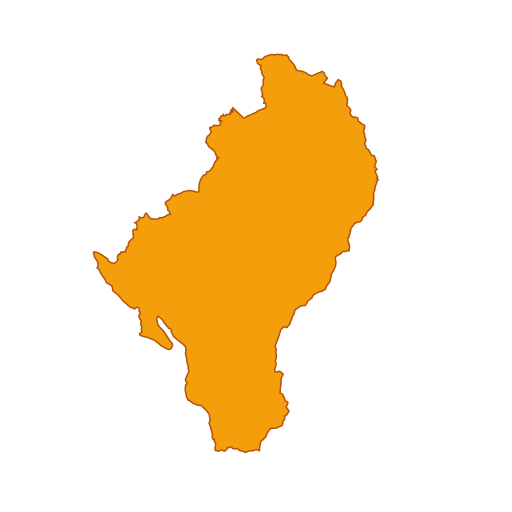 the district of Calimanesti, Vâlcea, Romania, rotated 247°
{"feature_id": "2599482B79862201668906", "entity_name": "Calimanesti", "entity_type": "district", "adm_level": 2, "iso_a3": "ROU", "parent_name": "Romania", "parent_adm1": "Vâlcea", "projection": "mercator", "projection_center": [24.315, 45.264], "detail": "fine", "context": "isolated", "style": "filled", "palette": "amber", "viewbox_px": 512, "rotation_deg": 247, "n_neighbors": 0, "source": "geoboundaries", "source_scale": "gbopen_adm2", "svg_char_len": 6122}
<svg xmlns="http://www.w3.org/2000/svg" viewBox="0 0 512 512"><g transform="rotate(247 256 256)"><path d="M383.1,391.6L388.8,385.9L391.7,391.2L395.0,389.9L397.4,390.3L399.0,389.9L400.2,388.6L399.8,387.1L400.2,384.1L399.8,382.0L400.0,381.2L399.9,378.4L400.4,377.0L401.4,376.4L402.2,375.1L404.4,374.0L406.8,372.0L408.6,369.8L409.6,367.8L411.5,365.9L416.9,365.9L424.5,363.3L426.3,363.7L428.9,362.9L430.2,359.1L431.5,358.3L432.0,356.4L433.2,355.1L433.5,352.1L434.2,351.6L435.6,348.6L436.0,342.1L434.7,338.6L435.1,336.9L436.5,335.1L436.6,333.9L435.9,333.0L432.5,332.7L429.5,334.8L428.6,334.9L427.7,333.6L427.1,333.4L424.6,333.5L420.5,332.6L419.2,333.2L416.9,333.2L415.4,331.4L410.8,329.7L408.3,326.3L403.1,325.4L401.5,324.8L400.6,323.5L398.4,324.9L395.0,324.1L393.8,322.8L393.5,322.9L393.2,324.3L392.4,324.6L391.6,324.1L390.3,324.1L389.1,323.2L388.6,321.6L388.9,316.2L388.6,313.2L388.2,312.3L388.1,302.5L387.6,300.3L387.7,298.9L388.9,298.0L401.5,292.6L401.0,291.7L400.3,291.7L400.2,291.1L397.9,291.6L398.8,291.0L397.9,291.1L397.7,290.3L398.9,290.2L399.7,289.6L398.3,289.0L398.2,288.1L396.9,288.2L396.4,287.9L397.9,283.8L397.1,282.4L398.0,280.7L398.9,281.0L398.3,279.6L398.3,277.9L396.9,277.1L396.7,275.3L395.5,275.5L395.3,274.2L395.2,275.4L393.9,277.3L393.5,276.8L393.7,276.2L393.3,275.1L391.8,275.2L391.0,274.8L390.7,273.8L390.8,272.1L391.4,270.5L392.9,268.6L392.1,267.4L392.2,266.4L391.6,265.2L391.8,264.4L392.5,264.1L392.4,263.7L390.3,263.1L388.4,263.5L387.7,263.3L385.4,259.8L385.2,258.1L384.5,257.8L384.1,256.7L381.4,255.3L380.9,254.4L380.0,254.2L378.5,255.1L375.5,255.1L368.6,258.7L361.8,258.7L361.3,258.3L361.4,259.7L361.0,259.9L360.7,258.3L359.7,257.7L358.9,255.3L354.4,250.7L354.1,249.5L353.2,248.3L352.2,246.0L352.7,243.4L351.7,242.9L350.6,241.5L350.8,238.9L347.9,234.7L344.4,231.8L337.5,228.3L337.8,226.6L340.7,223.0L342.4,220.1L343.6,214.3L343.1,211.0L343.5,207.9L342.8,205.0L345.1,203.4L342.2,199.8L341.6,197.9L341.1,194.1L340.0,193.0L338.4,193.0L335.5,193.7L332.8,192.7L331.1,193.6L327.8,193.5L328.5,192.1L327.9,187.7L328.0,184.1L329.0,182.3L328.3,180.2L329.4,177.4L331.7,173.4L338.3,171.8L338.4,171.1L337.6,170.0L335.3,167.6L335.8,166.0L337.6,163.5L335.2,163.3L335.4,162.8L334.2,160.2L334.0,157.5L332.9,158.6L330.8,158.5L328.4,157.6L328.1,157.1L327.1,157.0L326.8,156.4L328.2,154.6L327.7,152.6L322.3,151.0L320.6,150.0L319.3,145.8L318.0,143.9L315.1,142.2L314.6,140.2L313.5,139.9L312.4,138.3L310.9,137.4L312.0,134.8L311.9,133.6L312.3,133.1L310.7,131.6L310.7,131.0L311.4,130.7L310.5,129.1L309.4,128.0L306.0,127.1L304.9,124.5L304.7,122.4L306.1,120.4L309.2,118.0L310.6,118.5L311.8,118.0L318.7,113.5L322.1,110.2L322.9,108.9L323.0,107.8L318.0,106.9L313.2,107.9L309.7,107.4L308.7,106.9L307.1,105.0L304.1,106.5L301.5,106.2L293.0,107.9L289.8,107.9L286.6,110.5L284.4,111.7L279.9,110.7L273.4,114.1L265.0,116.6L263.4,117.9L261.4,118.4L257.6,120.5L256.8,121.8L254.7,123.4L255.4,126.2L254.8,127.4L253.4,127.9L250.6,126.9L249.7,127.3L248.9,127.0L247.5,125.8L247.4,125.3L245.8,124.4L242.8,124.6L241.5,125.2L238.2,123.2L237.1,123.0L236.0,123.5L233.0,121.6L230.9,121.5L230.3,120.3L230.1,118.5L229.3,118.2L228.4,118.4L226.7,119.9L224.1,123.7L218.0,129.7L210.2,133.9L205.6,137.4L204.2,138.8L203.8,140.3L204.1,141.9L205.7,143.8L207.3,144.6L208.6,144.7L211.1,143.7L222.8,141.7L228.3,139.5L231.7,138.9L236.2,139.8L238.1,141.0L239.0,142.3L233.9,144.9L229.4,145.6L228.4,146.2L227.1,146.3L225.3,147.1L223.7,147.3L222.5,148.9L221.7,149.2L219.6,148.5L217.6,148.4L215.8,148.9L214.7,148.6L213.7,148.8L201.3,155.4L198.7,155.5L195.7,154.3L193.8,152.9L189.7,152.3L183.5,150.6L181.1,150.6L178.2,149.4L176.3,149.4L169.9,142.7L168.5,142.5L166.2,143.0L165.5,142.3L164.7,140.8L161.9,139.2L159.3,138.2L153.2,137.1L150.0,137.1L147.9,139.1L145.4,140.2L141.1,144.4L140.0,147.1L132.5,150.2L128.4,151.1L122.8,149.5L121.7,148.9L120.5,147.4L115.9,147.3L108.2,146.0L107.2,145.3L105.1,144.7L103.6,145.0L103.2,146.1L101.4,145.2L100.1,145.5L98.0,145.2L95.2,143.0L92.7,142.7L91.1,145.3L90.8,148.7L89.2,150.1L88.6,151.1L89.6,153.9L90.8,155.2L90.0,156.7L90.1,158.4L87.8,159.4L86.5,161.4L85.9,163.9L83.5,164.7L81.4,167.6L79.3,169.7L79.3,173.6L77.8,177.4L77.9,180.3L75.4,183.0L80.5,185.9L83.5,188.1L84.2,189.7L84.0,190.5L85.7,194.1L86.3,195.1L88.2,196.5L91.6,201.8L89.6,207.6L89.9,209.8L89.7,213.5L90.6,214.8L93.4,216.1L93.8,217.9L97.5,220.3L97.6,221.9L100.2,225.8L105.4,224.8L107.2,227.2L109.0,228.1L111.3,226.5L118.4,226.5L120.7,224.5L122.2,225.6L125.8,227.1L127.4,228.5L133.8,231.6L135.9,234.2L137.1,234.8L140.7,232.7L141.1,229.9L141.7,228.5L142.2,228.3L144.1,228.7L148.8,232.5L151.4,232.6L154.7,235.1L157.9,236.4L159.2,236.5L163.0,238.5L165.5,238.2L170.8,243.5L178.6,250.2L179.8,253.5L179.5,255.2L178.3,256.1L178.1,256.8L179.5,258.9L180.0,260.4L182.8,262.7L183.9,264.4L185.4,265.1L187.9,268.5L190.8,270.5L191.6,271.7L191.4,272.9L192.2,275.6L192.5,278.6L191.3,281.3L191.3,282.1L192.9,284.6L194.2,285.7L195.7,291.4L197.1,292.6L197.9,294.5L198.2,296.6L198.3,300.3L197.7,303.6L198.2,305.1L198.3,307.0L200.2,308.6L203.8,314.2L210.1,318.6L212.6,322.0L215.9,325.4L219.0,327.2L222.5,327.9L224.1,328.9L224.9,332.1L224.7,334.1L226.1,337.2L226.2,338.3L225.2,339.9L225.2,342.3L224.5,343.9L226.0,344.3L226.8,345.3L229.8,346.3L234.5,346.7L236.7,347.7L236.4,348.3L240.7,351.7L242.0,352.1L242.1,353.0L244.1,353.7L246.6,358.4L247.6,359.5L247.0,366.0L248.0,367.8L249.9,369.2L251.0,373.4L253.3,375.5L254.9,379.9L255.8,380.9L257.5,384.0L258.8,384.3L262.2,386.6L265.5,387.7L266.0,388.3L267.8,388.6L270.6,391.4L272.3,392.1L274.4,393.9L278.1,397.2L278.4,398.3L280.3,397.4L281.0,398.7L281.4,398.8L287.4,398.6L288.7,401.3L291.9,400.1L296.4,403.9L298.2,403.6L299.3,404.0L302.0,404.0L302.6,403.4L303.3,401.7L309.7,401.2L311.7,399.6L314.3,399.9L316.2,399.6L317.3,400.1L318.1,401.2L320.0,402.6L322.8,402.6L326.2,403.7L328.7,403.6L331.3,405.9L333.6,407.0L336.7,404.8L340.2,403.0L341.4,402.9L343.0,403.7L345.4,401.5L345.5,399.8L345.9,399.3L349.7,398.2L351.2,398.7L352.9,400.1L354.4,400.3L359.5,398.3L360.5,399.6L365.7,401.9L368.4,401.2L373.2,401.6L379.2,401.1L381.0,402.1L384.0,402.4L386.2,400.6L384.1,396.8L381.1,394.2L383.1,391.6Z" fill="#f59e0b" stroke="#b45309" stroke-width="1.5"/></g></svg>